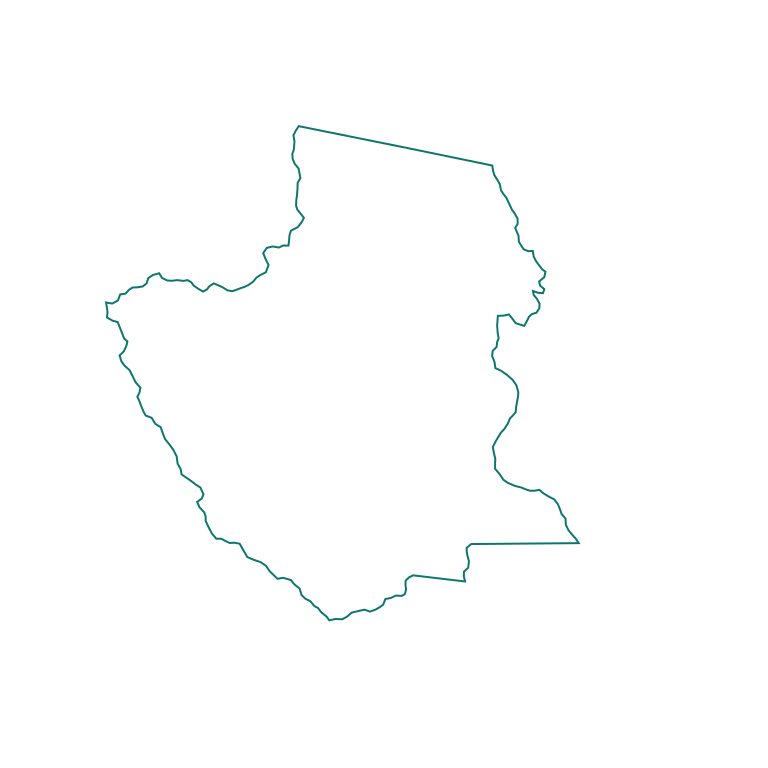 Iguaí, Bahia, Brazil, rotated 317°
{"feature_id": "56859067B21747543887163", "entity_name": "Iguaí", "entity_type": "district", "adm_level": 2, "iso_a3": "BRA", "parent_name": "Brazil", "parent_adm1": "Bahia", "projection": "robinson", "projection_center": [-40.072, -14.65], "detail": "fine", "context": "isolated", "style": "outline", "palette": "teal", "viewbox_px": 768, "rotation_deg": 317, "n_neighbors": 0, "source": "geoboundaries", "source_scale": "gbopen_adm2", "svg_char_len": 3454}
<svg xmlns="http://www.w3.org/2000/svg" viewBox="0 0 768 768"><g transform="rotate(317 384 384)"><path d="M236.3,134.8L233.2,139.5L230.9,142.8L226.8,146.4L228.6,152.4L231.4,157.1L229.5,162.1L227.3,167.7L224.9,173.6L225.4,177.8L221.8,180.3L215.8,182.7L210.1,182.8L207.5,188.1L206.7,193.4L207.4,200.3L205.6,206.5L203.5,213.2L203.3,220.6L199.3,223.5L194.8,225.2L193.6,229.1L191.2,235.0L189.2,240.4L188.2,244.5L191.0,250.3L189.6,257.2L191.2,263.4L188.2,270.1L186.3,275.1L185.8,282.3L185.0,288.5L183.0,295.5L178.7,301.6L177.2,307.7L174.3,312.1L175.5,317.5L176.8,323.4L177.7,329.0L179.1,334.5L176.7,341.6L172.5,343.5L166.9,342.8L165.0,348.3L165.0,355.2L163.2,359.3L160.2,362.5L158.3,368.3L156.2,375.7L155.8,382.8L159.5,386.2L160.8,390.2L162.7,395.0L166.5,398.2L169.5,402.4L167.9,409.1L166.0,417.3L168.7,423.5L172.2,430.0L173.7,436.4L172.7,443.0L173.0,449.0L173.3,453.9L178.0,456.9L182.2,463.8L181.8,469.5L182.8,476.0L179.8,482.0L180.0,487.3L182.0,492.6L181.6,499.0L183.0,502.9L182.4,508.2L183.4,514.9L182.8,519.5L188.3,522.8L193.0,527.6L198.1,528.9L204.5,529.2L208.7,531.6L212.6,533.8L215.9,535.8L218.5,540.9L223.9,543.2L228.9,544.4L232.9,544.8L238.4,542.2L243.0,545.1L248.2,546.7L252.4,551.0L256.0,551.9L260.3,549.1L262.8,545.4L265.8,542.5L270.6,542.5L274.8,543.8L308.6,583.7L311.2,579.1L314.5,575.8L320.3,575.8L325.3,571.5L327.7,566.9L330.0,563.2L332.7,560.2L338.6,560.5L417.9,633.2L418.7,628.4L418.9,621.5L419.2,616.8L420.9,611.1L425.0,606.2L425.2,600.3L427.3,595.5L429.2,590.6L429.8,584.4L427.8,578.9L426.1,572.9L425.4,567.3L421.8,565.1L418.1,561.8L415.9,557.9L413.8,553.3L410.3,547.9L407.0,540.4L406.0,535.3L407.0,529.6L407.4,521.8L411.1,517.8L414.3,514.7L417.4,509.3L420.6,504.3L426.8,502.0L431.8,500.6L436.4,499.3L441.2,499.0L447.5,497.4L452.6,495.1L456.7,494.9L461.2,494.4L464.6,491.2L469.1,487.8L473.5,484.6L476.7,481.5L480.0,475.1L480.9,468.4L480.1,460.8L478.5,453.7L476.3,448.3L479.7,443.5L482.1,437.4L486.0,433.9L491.6,433.7L495.3,430.5L499.0,428.8L502.1,424.0L506.7,418.3L510.3,415.0L513.8,411.8L518.3,415.7L522.8,418.3L522.4,424.0L521.8,429.3L523.8,432.9L526.2,437.1L531.3,435.5L535.9,433.7L539.7,433.7L544.1,435.8L549.1,434.6L552.4,431.6L553.9,426.3L554.2,421.0L556.4,417.6L558.8,422.2L562.2,426.0L565.9,424.0L565.3,418.5L567.3,414.8L574.1,415.2L578.6,412.0L577.9,407.9L578.4,402.8L579.0,397.6L580.4,392.9L583.6,388.1L580.1,385.3L578.0,380.7L578.8,376.3L579.6,372.0L583.4,367.4L586.4,359.3L590.9,358.1L594.5,354.1L595.7,349.0L596.5,343.7L598.3,338.1L600.5,331.2L600.9,326.2L601.7,322.1L604.9,317.0L606.2,311.7L607.2,306.4L609.0,302.7L612.2,298.1L569.3,237.6L557.6,221.2L497.5,137.3L492.2,138.6L487.4,140.3L484.0,145.5L477.9,151.1L473.9,153.2L470.7,157.1L468.9,162.0L468.5,168.1L463.3,176.4L458.0,178.0L454.0,182.1L448.9,186.8L445.5,189.5L441.3,193.6L439.5,197.5L439.1,203.6L438.7,207.9L434.0,209.5L428.0,210.5L420.5,208.4L416.4,210.7L411.7,215.0L408.5,217.6L404.6,213.9L400.2,212.5L396.4,207.5L391.1,204.5L384.9,205.9L382.7,211.6L380.7,218.3L373.8,221.7L367.6,219.9L363.3,219.2L358.1,219.9L352.7,219.2L348.1,217.8L344.7,216.2L340.0,214.3L336.4,212.7L333.4,208.8L331.8,202.8L328.1,194.3L322.9,193.4L319.1,194.1L314.7,193.0L313.2,188.1L312.0,182.6L312.4,178.3L311.2,174.1L307.6,171.8L303.8,167.2L299.1,163.7L296.1,160.5L294.0,155.0L295.1,149.7L289.4,146.7L283.8,145.8L279.0,148.5L274.0,148.1L269.3,144.9L266.0,142.0L262.1,141.2L256.5,141.6L252.2,138.6L246.3,141.4L240.1,139.8L236.3,134.8Z" fill="none" stroke="#0f766e" stroke-width="2"/></g></svg>